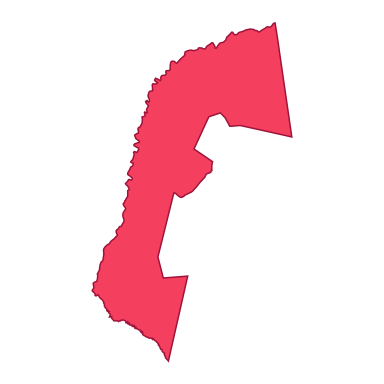 Ribeiro Gonçalves, Piauí, Brazil
{"feature_id": "56859067B47618229144297", "entity_name": "Ribeiro Gonçalves", "entity_type": "district", "adm_level": 2, "iso_a3": "BRA", "parent_name": "Brazil", "parent_adm1": "Piauí", "projection": "natural_earth1", "projection_center": [-45.448, -8.057], "detail": "fine", "context": "isolated", "style": "filled", "palette": "rose", "viewbox_px": 384, "rotation_deg": 0, "n_neighbors": 0, "source": "geoboundaries", "source_scale": "gbopen_adm2", "svg_char_len": 5077}
<svg xmlns="http://www.w3.org/2000/svg" viewBox="0 0 384 384"><path d="M274.0,23.1L273.0,24.0L271.9,25.7L269.9,27.4L268.4,26.9L267.4,26.8L266.3,27.2L265.5,28.1L262.9,29.5L259.2,32.0L258.4,31.9L257.7,31.2L256.9,30.6L254.7,30.3L253.6,29.4L251.7,29.3L249.7,29.0L248.2,29.6L247.1,29.6L244.9,30.4L244.2,30.7L243.5,31.2L242.8,31.4L239.2,32.4L238.2,33.1L237.3,34.2L236.5,34.6L235.4,34.8L234.1,34.5L232.7,32.3L231.9,32.1L227.9,36.2L227.1,36.8L226.5,38.0L225.7,40.1L224.7,41.1L223.2,42.4L221.7,42.6L220.2,43.0L219.5,43.5L218.4,44.9L216.3,48.1L215.0,48.0L214.9,46.4L212.9,42.9L212.0,42.7L211.1,43.3L210.0,44.2L209.2,44.7L208.0,45.4L207.2,46.0L206.5,46.7L205.3,48.9L204.0,49.0L201.6,47.9L200.4,48.0L199.1,47.8L198.4,48.1L198.0,49.1L197.4,49.6L195.7,50.3L193.0,50.6L191.4,50.1L189.5,50.3L187.2,50.9L185.0,52.1L184.8,54.4L184.5,55.6L183.8,56.1L180.2,59.3L177.3,62.7L176.7,63.2L175.6,62.6L174.5,61.5L172.7,61.1L171.5,61.5L170.8,62.2L170.3,64.6L170.1,69.7L169.0,70.6L166.3,70.7L165.7,71.7L165.9,72.6L166.4,73.3L165.5,74.9L164.7,75.3L162.7,75.3L161.7,75.7L160.6,77.5L161.1,79.5L160.2,80.6L159.1,79.8L155.7,78.2L155.2,78.9L154.6,80.2L155.6,81.5L157.6,82.4L156.9,83.5L155.5,84.0L154.6,84.0L152.9,83.8L152.2,84.9L152.5,87.4L152.5,89.2L152.7,90.8L149.7,91.3L148.9,92.4L148.0,95.6L148.4,97.5L148.9,98.2L149.4,99.8L149.3,101.8L148.3,102.1L147.6,101.4L147.1,100.5L146.3,100.9L145.6,101.5L146.2,103.1L148.5,105.9L146.8,108.8L146.5,109.7L146.6,110.6L147.3,112.2L146.5,113.0L145.7,112.6L144.8,112.0L144.4,112.8L145.1,115.0L144.8,116.1L142.0,117.0L142.4,119.7L142.2,120.8L142.2,122.4L141.9,123.5L140.9,125.2L140.4,126.7L138.6,127.5L138.0,128.5L138.0,130.0L138.5,131.2L138.3,133.2L137.0,133.5L135.4,134.5L134.6,135.2L135.4,137.5L136.1,138.9L137.2,139.6L138.3,140.5L139.3,141.1L139.3,142.4L137.2,142.9L136.3,143.4L134.9,143.7L133.9,144.8L134.1,145.7L138.4,148.2L138.7,149.3L138.0,150.8L136.8,152.5L134.4,151.5L133.6,152.3L134.2,154.3L133.4,157.4L132.7,159.7L131.6,160.6L130.7,162.0L131.6,162.8L132.4,162.8L133.2,163.3L132.9,165.1L132.4,166.1L130.6,167.2L129.6,169.9L128.6,171.2L127.7,173.3L127.7,174.3L128.4,175.1L129.1,175.4L131.7,177.5L132.2,178.3L132.1,179.4L131.6,180.0L130.8,180.2L129.5,179.4L128.5,179.7L127.5,181.5L126.4,182.6L125.5,183.5L126.0,184.6L127.4,185.7L128.4,187.2L129.0,188.3L129.1,189.5L127.7,190.6L127.7,196.2L127.3,197.1L126.4,198.3L125.6,200.0L124.9,200.6L124.8,201.5L124.6,202.3L123.3,203.5L123.3,204.6L123.6,205.4L125.4,207.8L125.7,208.9L125.0,209.9L123.1,213.0L122.8,215.3L123.1,217.1L123.9,219.6L124.1,221.0L123.7,221.9L122.2,224.4L121.4,226.2L119.4,226.7L118.8,228.0L117.7,229.3L116.7,229.9L116.1,231.0L116.2,232.3L116.5,233.2L117.4,235.0L116.9,236.0L115.6,236.9L114.6,238.4L111.0,241.2L110.0,242.6L109.6,243.5L107.1,245.0L105.4,246.5L103.9,248.6L103.5,250.0L103.8,253.9L103.7,255.4L103.3,257.5L103.1,259.8L102.5,261.0L101.1,262.1L100.6,263.6L100.1,264.5L100.0,266.2L99.5,267.7L99.7,268.9L99.4,270.0L97.3,274.1L97.8,275.7L97.6,276.7L97.3,279.6L96.8,281.0L96.3,281.7L94.6,282.1L93.2,283.3L93.4,285.0L93.9,287.5L93.3,288.9L92.5,289.7L92.2,290.9L92.7,291.6L93.7,291.9L94.4,293.0L95.4,294.6L95.1,295.5L96.0,295.9L96.8,295.7L97.6,294.8L98.8,295.6L99.1,296.7L99.8,297.6L100.8,298.7L101.6,299.3L102.4,299.9L103.0,301.0L103.7,301.8L103.6,303.0L104.2,303.7L104.5,304.9L104.3,305.7L105.2,307.6L106.1,308.5L106.9,309.2L106.7,310.6L107.4,311.2L108.3,310.8L109.1,311.4L108.4,311.9L108.6,312.8L109.3,313.3L110.0,313.9L110.3,314.6L110.0,315.7L109.5,317.0L110.9,316.6L111.7,316.6L111.4,317.8L111.9,318.5L113.0,319.5L113.7,320.8L114.5,320.7L116.0,320.9L117.4,320.7L118.5,321.6L119.2,321.1L120.6,320.9L121.6,319.9L122.6,320.2L123.8,320.1L125.0,320.7L125.8,321.4L125.9,322.6L126.7,322.4L127.5,321.9L127.3,323.5L128.1,323.9L128.7,323.0L129.5,323.1L129.0,324.1L129.5,324.9L130.6,324.9L131.5,325.7L132.2,324.9L132.9,325.6L132.8,326.5L133.6,326.6L134.4,325.8L134.6,326.8L134.7,327.9L135.9,327.2L136.0,328.7L137.1,328.7L138.7,329.8L139.8,329.9L140.1,331.0L141.2,332.4L141.5,331.3L142.5,331.8L142.8,334.6L143.7,335.4L144.5,335.8L145.5,336.3L146.4,337.0L147.6,337.2L149.3,338.3L150.5,337.8L151.7,338.7L152.5,338.3L152.9,339.6L153.9,339.3L154.5,340.3L155.9,341.1L156.8,342.2L157.6,342.8L158.0,343.7L158.8,344.3L158.4,345.1L159.4,346.1L160.1,347.8L160.8,349.4L162.0,349.6L162.2,351.3L163.4,352.6L164.5,353.2L164.2,353.9L164.7,355.6L165.3,356.4L165.4,357.4L166.1,358.5L167.3,359.7L168.4,361.0L181.3,304.3L187.7,276.1L163.3,278.0L157.9,257.0L173.1,195.9L174.0,192.8L175.7,193.5L177.8,195.5L180.3,197.2L181.4,197.4L182.3,197.1L183.9,196.2L185.0,195.1L185.7,194.7L187.0,194.2L188.3,193.5L191.3,192.1L192.4,191.3L195.1,188.3L195.9,187.6L199.4,183.1L200.0,182.4L204.9,177.1L205.9,174.7L206.8,173.8L207.7,173.4L209.9,172.8L210.8,172.1L211.3,171.0L212.0,170.4L211.7,169.3L211.8,168.2L211.8,165.7L212.0,164.6L212.2,163.1L212.6,161.7L194.0,149.0L208.8,116.8L220.4,112.9L221.3,113.8L225.2,117.8L229.8,126.3L237.8,125.7L240.2,125.5L250.2,127.7L255.1,128.8L257.0,129.2L286.3,135.7L291.8,137.0L290.5,128.0L280.0,55.6L277.9,40.8L277.7,39.7L275.1,23.0L274.0,23.1Z" fill="#f43f5e" stroke="#9f1239" stroke-width="1.5"/></svg>